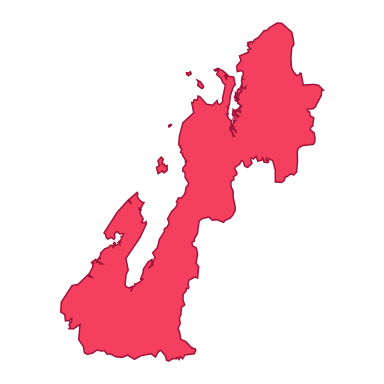 the district of Analalava, Sofia, Madagascar
{"feature_id": "10022922B21608854890468", "entity_name": "Analalava", "entity_type": "district", "adm_level": 2, "iso_a3": "MDG", "parent_name": "Madagascar", "parent_adm1": "Sofia", "projection": "natural_earth1", "projection_center": [47.842, -14.668], "detail": "fine", "context": "isolated", "style": "filled", "palette": "rose", "viewbox_px": 384, "rotation_deg": 0, "n_neighbors": 0, "source": "geoboundaries", "source_scale": "gbopen_adm2", "svg_char_len": 5974}
<svg xmlns="http://www.w3.org/2000/svg" viewBox="0 0 384 384"><path d="M195.4,349.0L191.5,347.6L185.7,341.5L180.9,339.4L179.4,331.3L178.0,328.4L180.2,323.7L179.4,317.6L180.9,314.8L181.4,308.4L182.2,306.5L184.7,305.0L183.0,300.0L183.1,294.3L186.0,291.0L186.3,288.4L188.4,288.5L188.8,286.9L187.9,283.4L189.0,280.2L194.9,277.0L197.6,278.1L198.7,266.7L196.0,263.0L197.6,254.5L196.4,248.0L192.7,245.9L191.9,243.0L192.5,241.7L194.1,241.5L194.3,239.0L197.3,233.8L199.2,220.9L202.2,218.6L208.8,217.0L212.2,220.2L217.0,219.8L223.6,222.4L224.8,220.5L230.0,218.2L232.6,215.4L235.1,210.6L235.2,207.0L233.1,197.0L233.2,191.5L231.0,186.3L230.9,181.3L233.9,179.7L233.5,176.8L236.8,174.5L236.9,172.8L234.8,168.9L235.4,167.1L239.7,164.0L241.5,160.6L243.2,161.4L244.8,166.3L247.7,167.4L252.0,163.3L250.7,159.7L251.1,158.0L253.7,159.0L256.1,156.4L257.8,161.2L261.8,160.1L262.7,158.1L264.0,162.1L267.7,162.6L268.7,161.8L268.6,160.5L266.2,160.3L266.6,158.1L272.6,160.4L275.3,170.0L275.3,182.0L281.6,182.5L284.3,180.4L285.2,176.8L286.7,176.9L290.6,174.0L293.8,175.0L296.6,171.9L297.5,161.4L297.2,151.1L298.8,147.8L302.6,145.6L313.4,144.3L314.7,142.0L315.0,137.7L313.9,132.6L310.1,129.8L311.2,126.5L312.6,126.2L313.8,117.8L310.1,115.8L309.6,112.0L308.0,111.5L307.3,109.3L313.3,108.7L315.3,106.9L321.4,95.1L321.6,90.2L323.3,90.2L318.6,85.3L313.7,84.4L303.3,85.1L301.1,73.5L300.1,73.0L299.2,74.7L296.9,75.7L293.0,71.1L291.5,67.6L290.9,58.5L291.8,47.2L293.5,45.5L293.8,43.2L292.5,35.2L291.7,32.2L281.8,23.3L277.1,23.0L270.0,27.3L266.5,30.6L264.2,30.5L258.9,37.1L254.4,39.8L252.5,42.9L251.6,41.6L248.0,42.4L247.6,43.5L249.0,44.5L247.5,45.4L250.5,49.0L247.8,49.5L248.6,52.2L239.4,55.9L241.0,60.8L236.8,65.8L237.2,71.6L241.4,70.6L242.8,71.8L243.4,74.2L241.9,77.6L243.2,78.9L241.9,78.9L241.5,80.0L242.0,85.2L243.0,87.9L244.3,88.3L245.8,86.8L245.4,88.6L240.3,87.5L240.0,89.2L241.7,90.0L242.0,90.8L240.2,93.1L241.7,90.6L238.4,88.9L237.2,90.8L237.1,94.3L239.0,93.1L239.0,95.7L238.9,93.6L236.7,94.7L235.5,93.0L235.6,96.0L237.6,96.2L238.9,99.0L239.0,99.5L236.9,101.4L238.5,102.8L237.9,103.5L242.4,106.1L240.9,105.8L241.1,107.4L236.6,109.7L240.2,110.4L240.8,111.5L240.4,113.1L240.0,110.6L239.0,110.7L239.6,111.7L235.1,110.3L236.7,115.3L239.2,116.1L237.4,117.2L237.7,118.3L235.9,115.4L233.7,114.6L235.9,113.9L233.1,109.6L232.5,114.6L235.9,120.7L234.1,121.0L233.1,119.8L233.3,121.8L234.7,122.8L233.3,122.5L232.5,125.4L233.7,126.6L231.9,126.2L231.4,127.4L235.2,129.7L236.6,132.7L233.0,128.5L230.7,129.2L234.2,136.1L233.2,136.4L231.9,131.8L230.1,130.1L229.8,127.4L231.2,126.0L231.2,120.5L229.0,119.2L226.5,113.9L228.0,114.4L227.8,110.1L228.8,107.7L227.3,106.9L229.3,105.1L230.4,95.4L233.2,86.9L235.2,84.8L233.7,77.1L228.1,76.1L226.2,77.4L226.9,80.2L224.8,76.1L226.2,76.4L225.7,75.4L227.3,76.1L227.8,75.1L223.0,70.9L218.0,68.3L214.2,70.0L215.7,71.1L218.6,69.8L216.7,74.4L221.0,78.4L223.0,82.7L225.4,85.0L222.6,98.1L222.8,101.4L220.0,104.7L217.7,103.6L217.1,100.6L212.7,105.2L206.5,104.2L200.0,96.8L198.2,96.0L197.0,100.3L194.1,99.7L193.3,102.5L191.7,102.5L193.7,112.7L182.9,122.9L179.4,136.0L178.8,143.7L179.0,145.5L180.8,146.2L180.0,147.6L181.8,149.3L180.5,152.4L182.8,153.9L182.3,155.1L186.5,161.3L185.4,161.2L185.7,164.5L183.0,168.0L182.7,171.0L185.1,172.7L185.1,177.5L188.6,183.1L188.1,185.1L186.1,187.0L185.2,192.5L183.8,195.3L181.5,198.0L178.4,197.9L176.4,202.1L177.6,203.1L175.8,207.3L171.6,211.5L167.6,218.7L169.2,223.3L166.9,227.2L164.4,228.8L164.2,232.0L159.6,238.9L157.3,247.7L152.7,252.8L155.1,257.7L153.0,261.6L152.4,265.5L148.2,268.4L151.9,264.5L151.9,259.5L148.2,261.9L143.3,269.3L143.0,273.0L140.6,278.9L140.7,279.3L142.6,278.7L143.7,279.1L142.5,279.0L140.9,281.2L136.1,284.0L134.5,284.0L135.0,285.1L132.4,287.7L130.9,291.4L132.0,286.6L129.2,287.9L126.5,287.0L125.1,284.9L126.1,274.4L128.2,270.2L125.9,258.4L140.1,237.4L146.4,223.7L146.0,221.6L144.6,222.7L141.6,222.4L143.2,219.0L140.0,213.0L141.0,209.7L139.3,210.0L138.7,207.2L139.9,209.6L144.0,202.5L142.1,202.2L139.0,199.5L137.3,196.3L137.8,193.5L137.1,192.4L128.7,199.7L130.6,201.9L130.7,203.1L128.5,201.1L129.1,200.1L128.1,200.2L117.4,212.0L104.0,233.0L105.6,234.4L106.2,237.4L107.8,239.1L111.3,237.4L113.9,239.4L114.8,237.7L114.5,233.9L117.0,231.5L119.8,234.0L123.5,233.7L123.0,235.9L121.1,236.7L121.6,239.2L118.4,242.1L121.3,241.6L119.4,243.1L119.9,244.5L118.7,243.8L115.9,245.5L114.7,242.4L113.5,243.5L114.1,245.9L112.8,248.2L113.3,245.6L110.5,245.3L108.1,247.7L104.7,248.8L100.5,253.3L100.6,254.9L99.1,257.6L100.8,258.9L98.7,258.5L96.7,260.4L102.4,263.9L99.9,263.9L98.8,261.8L96.6,262.5L95.7,259.4L90.9,262.9L92.6,262.4L93.2,262.9L92.5,262.8L92.8,267.1L88.8,274.4L92.1,277.4L89.6,276.9L88.2,275.9L88.2,274.6L78.1,284.4L72.1,285.5L61.3,302.1L60.7,312.0L64.8,314.7L65.4,320.8L69.2,320.7L71.7,318.4L71.8,320.7L70.8,322.1L71.5,322.9L69.9,322.2L69.1,325.1L70.4,326.4L68.9,328.7L73.4,328.9L80.0,324.5L78.7,339.7L83.4,346.5L84.4,352.7L87.1,354.3L92.4,353.2L96.8,350.1L102.0,351.1L104.3,350.5L107.0,354.1L110.6,354.0L115.9,356.8L122.2,357.4L127.7,355.2L134.4,359.3L141.0,355.7L151.0,353.8L155.5,357.0L158.5,351.6L160.8,350.3L165.5,356.0L166.5,360.2L168.7,361.0L173.7,358.4L176.1,358.9L177.1,357.4L179.0,359.5L179.9,356.6L182.6,358.8L184.9,355.0L194.1,353.8L195.7,350.8L195.4,349.0ZM162.0,164.2L163.2,159.0L161.2,157.1L158.0,160.7L159.3,166.0L156.5,167.3L158.1,173.7L162.4,170.7L163.3,172.7L165.0,172.4L167.2,170.0L167.1,165.5L164.9,166.4L164.3,164.1L162.0,164.2ZM200.2,81.7L197.4,80.2L198.5,82.1L197.7,85.4L201.7,88.5L202.8,88.2L203.6,86.8L203.1,85.5L200.2,81.7ZM191.2,73.8L190.3,71.8L188.6,72.9L186.5,72.7L186.7,74.4L188.4,75.7L191.2,73.8ZM236.2,101.0L238.4,99.6L238.5,99.2L236.3,98.7L235.1,100.2L236.2,101.0ZM169.0,127.0L171.5,125.2L170.8,124.3L168.6,125.5L169.0,127.0ZM235.7,98.5L235.7,97.4L234.7,96.5L234.4,97.7L235.7,98.5ZM242.4,87.6L242.1,86.5L241.1,85.7L241.0,86.9L242.4,87.6ZM237.7,98.2L237.4,96.7L236.2,97.2L236.4,97.6L237.7,98.2ZM240.7,107.4L240.4,106.0L239.3,107.5L240.7,107.4Z" fill="#f43f5e" stroke="#9f1239" stroke-width="1.5"/></svg>